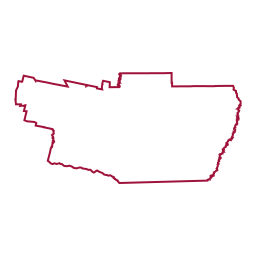 the district of Río Cuarto, Córdoba, Argentina, rotated 270°
{"feature_id": "61730980B70788741625134", "entity_name": "Río Cuarto", "entity_type": "district", "adm_level": 2, "iso_a3": "ARG", "parent_name": "Argentina", "parent_adm1": "Córdoba", "projection": "equal_earth", "projection_center": [-64.58, -33.271], "detail": "fine", "context": "isolated", "style": "outline", "palette": "rose", "viewbox_px": 256, "rotation_deg": 270, "n_neighbors": 0, "source": "geoboundaries", "source_scale": "gbopen_adm2", "svg_char_len": 5641}
<svg xmlns="http://www.w3.org/2000/svg" viewBox="0 0 256 256"><g transform="rotate(270 128 128)"><path d="M171.1,86.1L175.6,64.5L169.4,67.7L172.3,52.5L173.5,47.0L175.2,37.8L175.6,35.7L175.2,35.6L178.2,33.6L180.3,23.7L174.3,22.2L174.2,22.0L174.9,18.5L174.5,18.3L169.5,17.9L165.5,16.0L156.7,15.7L156.7,15.4L151.7,16.0L151.7,20.9L150.4,20.8L150.4,20.3L150.1,20.2L150.4,21.6L150.1,23.4L150.4,24.2L150.5,24.8L150.8,25.1L150.8,25.4L145.0,23.9L144.7,26.6L135.8,24.4L134.7,26.9L134.1,33.8L133.9,34.6L133.4,35.7L132.9,36.3L130.4,35.7L128.9,44.0L128.7,43.9L127.0,52.2L126.7,52.1L126.6,52.6L125.9,53.2L125.5,53.3L125.3,53.2L124.9,53.3L124.9,53.7L123.8,53.5L122.7,53.8L122.4,53.7L121.8,53.2L121.5,52.4L121.0,52.1L120.8,52.4L119.7,52.6L119.2,53.0L118.9,52.8L118.7,53.0L118.6,52.8L118.3,52.9L117.9,52.6L117.1,53.4L116.1,53.2L115.7,53.6L115.0,53.9L114.9,53.6L114.6,53.7L114.6,53.4L114.3,53.6L114.1,53.2L113.9,53.5L113.7,53.2L113.4,53.5L113.1,53.3L113.1,52.5L109.3,52.1L109.4,51.6L108.2,51.3L107.8,50.8L104.2,50.1L95.2,47.8L94.6,48.5L94.2,49.3L93.5,49.8L92.3,51.3L92.0,52.4L92.1,53.1L92.6,54.0L92.6,54.8L92.0,56.7L92.8,59.4L92.0,60.5L92.1,61.3L91.8,62.0L90.2,64.0L90.0,64.5L89.8,66.8L90.3,69.7L89.2,72.3L88.8,73.0L88.4,73.2L88.0,74.1L87.7,76.6L88.5,79.6L88.4,81.3L87.6,82.3L87.3,84.3L87.1,85.0L87.1,86.3L86.1,88.3L86.3,89.6L86.2,90.3L85.8,91.0L85.1,91.5L84.0,92.7L83.5,93.6L83.6,94.1L84.7,95.6L85.5,97.1L84.1,99.5L83.0,102.4L81.5,104.1L81.1,105.5L80.9,107.3L80.3,108.3L80.7,109.5L80.7,110.3L79.9,111.7L79.5,112.1L79.3,112.8L79.1,113.0L79.0,113.4L78.8,113.3L78.5,113.7L78.0,113.7L78.0,114.1L77.4,114.9L77.2,114.9L77.1,114.7L76.9,114.8L76.7,115.4L76.2,116.0L76.2,116.4L75.8,116.8L75.7,117.4L74.8,117.7L74.6,118.2L74.2,118.3L73.0,119.4L75.4,207.3L75.7,207.3L76.0,207.9L76.3,207.8L76.6,208.4L76.5,208.8L76.5,209.7L77.0,209.6L77.5,210.1L78.0,210.3L77.9,210.5L78.1,211.0L78.5,211.2L79.1,211.7L79.3,211.4L79.5,211.3L79.7,210.9L79.7,210.6L80.1,210.6L80.1,210.9L80.5,211.3L80.4,211.7L80.6,211.9L80.5,212.2L80.1,212.2L80.5,212.7L80.4,213.1L80.2,213.4L80.3,213.7L80.6,213.7L80.8,213.4L81.2,213.6L81.8,213.3L82.5,214.0L83.1,214.1L83.6,213.9L84.2,215.1L85.0,215.8L85.2,216.3L85.9,217.3L86.5,217.0L87.1,217.1L87.4,216.6L89.4,217.6L90.0,217.8L91.5,217.6L91.8,217.8L92.1,218.4L92.3,218.1L93.3,217.9L94.9,219.2L95.4,219.1L95.9,219.2L96.0,218.8L96.6,219.1L97.0,219.0L97.5,219.5L97.2,220.0L98.0,220.8L98.3,220.7L98.4,219.6L98.6,219.4L99.9,219.8L101.2,219.8L101.3,220.5L101.5,220.6L101.8,220.0L102.0,220.3L101.8,220.8L101.9,221.3L102.4,221.8L102.5,222.6L103.7,222.5L103.8,222.6L104.1,223.1L104.2,223.9L104.6,223.6L104.7,223.1L104.9,223.1L105.5,223.5L105.9,223.2L106.0,222.8L106.6,222.7L106.7,222.9L106.6,223.4L106.6,223.8L107.2,223.5L108.1,224.1L108.7,224.8L108.9,225.6L109.4,225.8L110.4,225.8L110.8,226.0L111.0,226.3L110.7,226.9L111.2,227.4L111.3,227.8L111.6,227.8L112.3,227.5L112.4,227.3L112.1,227.2L111.9,226.6L112.2,226.6L112.3,226.4L112.8,226.3L113.0,226.4L113.0,226.7L113.3,226.9L113.4,227.3L114.0,227.4L115.2,228.4L115.7,228.4L115.9,229.3L116.6,229.5L116.7,230.0L116.6,230.4L116.1,230.5L115.9,230.9L116.3,231.0L116.5,231.4L117.5,232.1L117.8,231.7L118.5,231.6L118.7,231.8L118.4,232.0L118.3,232.3L118.6,232.7L118.9,232.3L119.2,232.4L119.4,232.2L121.1,233.0L122.4,232.7L122.7,233.2L122.9,233.2L123.2,233.5L123.3,234.0L123.5,234.2L123.6,233.9L124.0,233.6L124.4,233.6L124.3,234.0L124.6,234.8L125.1,235.1L126.2,235.2L127.0,234.0L127.4,234.0L128.1,234.3L128.4,234.8L128.5,235.3L128.8,235.2L130.0,235.1L130.6,235.6L131.6,235.8L131.8,236.2L131.6,236.9L132.2,237.3L132.4,237.3L132.9,237.0L133.7,237.1L133.9,237.0L134.1,237.1L134.4,236.9L134.8,236.9L135.2,237.0L135.4,236.8L135.8,236.8L135.7,237.2L136.2,237.7L136.3,238.3L136.6,238.3L137.1,238.7L137.3,238.7L137.5,238.5L137.2,238.1L137.3,237.5L137.9,237.2L138.1,236.9L138.6,237.1L138.7,237.3L138.5,237.6L138.7,237.8L139.0,237.6L138.9,237.9L139.0,238.1L139.2,237.9L139.7,238.1L139.9,237.8L140.2,238.1L140.3,238.0L140.3,237.6L141.3,237.8L141.4,237.5L141.7,237.4L142.2,237.6L143.1,237.6L143.2,237.9L143.2,238.1L144.1,238.4L144.3,238.6L144.5,238.9L145.2,239.2L145.7,238.5L145.9,238.6L146.5,238.3L147.1,238.2L147.2,237.7L147.6,238.4L147.6,238.7L148.0,238.9L148.2,239.5L148.6,239.4L148.7,239.5L149.1,239.6L149.1,239.2L149.6,239.7L150.1,239.4L150.4,239.6L150.7,239.3L151.1,239.6L151.0,239.9L151.1,240.2L150.9,240.2L150.9,240.5L151.3,240.3L152.0,240.6L154.7,240.6L156.4,238.7L156.9,238.8L157.9,238.2L158.9,237.1L160.7,237.0L161.1,236.8L162.3,236.9L163.2,236.0L165.1,236.0L166.2,233.7L166.8,233.5L167.4,233.8L168.2,233.9L170.1,233.1L170.1,223.4L170.0,215.5L169.9,215.5L169.8,213.4L169.9,193.6L169.7,191.1L169.6,172.1L173.2,172.1L173.2,171.6L183.0,171.6L182.8,162.9L182.7,122.7L182.7,120.9L182.7,120.0L182.5,119.9L182.1,120.2L181.9,120.1L181.7,120.0L181.7,119.3L181.3,119.4L181.1,120.1L181.3,120.5L181.0,120.7L180.5,120.0L180.2,120.0L179.7,120.9L179.4,120.8L179.6,120.2L179.2,119.9L178.3,119.8L178.2,119.3L178.0,119.1L177.4,119.0L177.3,119.6L177.0,120.3L176.4,119.7L176.4,119.0L176.1,119.1L176.3,119.6L176.1,119.8L175.9,119.7L175.8,119.2L175.7,119.1L175.7,119.8L174.9,119.3L174.4,119.7L174.1,119.7L173.9,119.4L173.5,119.7L173.6,118.8L173.0,118.3L172.7,118.3L172.4,118.8L171.9,118.2L171.1,117.7L170.9,117.9L171.1,118.5L170.8,119.2L170.5,119.2L170.4,118.7L170.2,118.6L169.9,118.8L169.8,119.4L169.9,119.7L169.7,119.8L169.4,119.7L169.1,119.2L168.9,119.2L168.8,109.6L173.8,109.8L175.2,103.1L173.6,102.5L172.6,102.5L172.0,102.3L171.7,102.5L171.4,102.3L169.5,101.9L168.7,102.0L168.0,101.8L166.6,102.2L167.6,96.9L168.9,97.0L170.8,87.6L170.6,87.5L170.3,87.1L170.7,86.7L170.1,86.2L171.1,86.1Z" fill="none" stroke="#9f1239" stroke-width="2"/></g></svg>